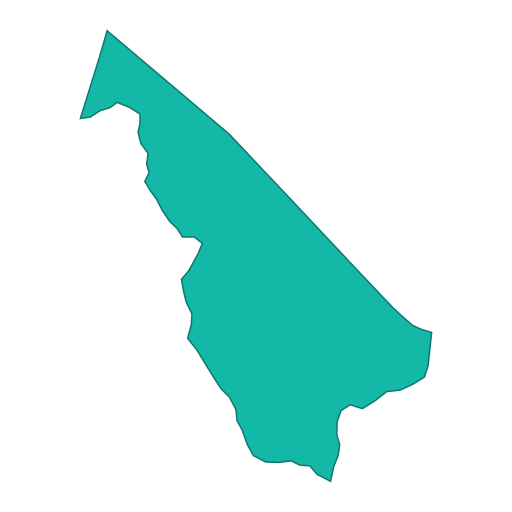 the district of Muribeca, Sergipe, Brazil
{"feature_id": "56859067B76583201767693", "entity_name": "Muribeca", "entity_type": "district", "adm_level": 2, "iso_a3": "BRA", "parent_name": "Brazil", "parent_adm1": "Sergipe", "projection": "mercator", "projection_center": [-36.966, -10.377], "detail": "fine", "context": "isolated", "style": "filled", "palette": "teal", "viewbox_px": 512, "rotation_deg": 0, "n_neighbors": 0, "source": "geoboundaries", "source_scale": "gbopen_adm2", "svg_char_len": 1037}
<svg xmlns="http://www.w3.org/2000/svg" viewBox="0 0 512 512"><path d="M80.4,118.5L90.4,117.0L100.0,110.7L109.9,107.7L117.1,102.4L129.4,107.3L140.0,114.1L140.0,123.4L138.1,132.4L140.9,143.6L148.1,153.4L146.6,164.0L149.1,172.6L144.8,181.5L150.5,190.9L156.7,199.4L162.4,210.6L169.8,221.5L177.1,228.5L182.5,237.0L194.2,237.0L202.3,243.4L198.4,253.0L194.2,260.8L188.6,271.0L181.4,279.3L183.8,292.3L186.2,301.9L191.9,314.0L191.4,324.2L187.7,338.4L196.8,349.9L202.3,358.8L207.7,367.8L214.8,379.1L221.1,388.8L229.4,397.1L235.8,409.2L237.1,420.7L242.4,430.5L247.1,444.1L253.4,455.6L265.8,462.0L278.7,462.4L291.1,460.9L300.2,465.2L309.7,465.8L317.3,474.5L330.6,481.3L333.8,466.4L338.1,455.6L339.7,444.5L336.8,434.8L337.1,421.8L341.0,410.7L350.1,404.8L362.4,408.6L375.4,400.5L386.7,391.6L400.1,390.1L412.5,384.4L424.4,377.1L428.1,365.6L431.6,332.5L420.7,329.1L412.5,325.3L403.0,317.0L393.0,307.8L356.3,269.1L286.6,194.9L258.2,164.9L229.4,134.3L107.1,30.7L102.8,45.8L99.5,57.0L80.4,118.5Z" fill="#14b8a6" stroke="#0f766e" stroke-width="1.5"/></svg>